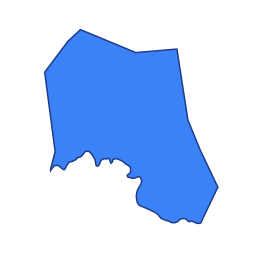 outline of Mo'ron, Hövsgöl, Mongolia, rotated 353°
{"feature_id": "93677404B66581444592765", "entity_name": "Mo'ron", "entity_type": "district", "adm_level": 2, "iso_a3": "MNG", "parent_name": "Mongolia", "parent_adm1": "Hövsgöl", "projection": "albers", "projection_center": [100.131, 49.637], "detail": "fine", "context": "isolated", "style": "filled", "palette": "blue", "viewbox_px": 256, "rotation_deg": 353, "n_neighbors": 0, "source": "geoboundaries", "source_scale": "gbopen_adm2", "svg_char_len": 1482}
<svg xmlns="http://www.w3.org/2000/svg" viewBox="0 0 256 256"><g transform="rotate(353 128 128)"><path d="M188.8,231.0L188.7,230.9L209.9,197.8L210.0,197.8L196.6,157.5L196.6,157.3L188.4,127.3L188.4,127.1L186.2,55.6L144.9,54.1L92.8,24.6L92.7,24.6L79.1,34.5L78.9,34.6L52.1,62.5L52.8,142.5L46.0,160.0L46.0,160.4L46.0,160.8L46.9,159.6L48.4,158.3L50.1,156.5L52.1,156.5L53.5,156.5L54.8,157.2L56.5,159.0L57.5,160.1L58.6,161.2L60.0,161.5L60.7,160.7L61.6,159.4L62.3,157.8L63.7,156.7L65.1,154.9L67.1,154.5L69.5,154.2L70.9,153.6L73.0,152.7L73.3,151.7L75.1,151.4L74.0,151.3L75.1,151.1L76.7,151.1L78.4,150.3L80.4,148.5L81.3,147.4L82.8,146.0L85.2,146.2L86.7,146.7L87.8,148.3L88.8,149.6L91.2,154.7L91.5,156.3L91.6,158.9L91.8,161.3L92.6,162.0L94.1,162.0L95.6,160.0L96.9,157.1L98.3,156.3L100.5,155.5L102.2,156.1L104.8,155.7L105.7,156.9L106.0,157.9L106.8,160.9L108.1,160.1L109.4,157.4L112.0,156.9L114.8,157.9L119.0,160.7L120.7,162.9L123.9,165.3L125.4,167.3L125.5,170.0L125.1,172.5L123.2,173.7L121.5,174.7L121.4,175.4L122.0,176.8L125.0,177.9L127.5,178.7L129.2,178.4L133.0,177.6L134.2,178.3L135.2,181.5L134.1,185.2L132.0,187.8L129.7,191.1L129.0,192.8L128.3,195.1L127.8,197.6L128.0,202.6L129.4,205.8L131.4,207.1L138.1,210.9L143.5,214.4L146.6,216.9L149.9,221.8L153.8,224.0L157.2,225.5L159.9,227.3L163.0,227.7L166.0,226.9L168.7,224.9L172.3,224.5L174.5,225.5L175.8,227.5L177.5,228.5L179.8,228.0L181.9,229.3L184.2,230.7L186.9,231.4L188.8,231.0Z" fill="#3b82f6" stroke="#1e3a8a" stroke-width="1.5"/></g></svg>